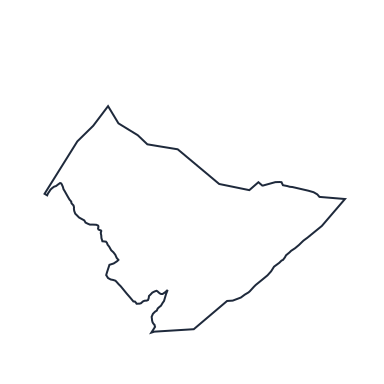 the district of San Pedro Jocotipac, Oaxaca, Mexico, rotated 238°
{"feature_id": "50627088B2588264946725", "entity_name": "San Pedro Jocotipac", "entity_type": "district", "adm_level": 2, "iso_a3": "MEX", "parent_name": "Mexico", "parent_adm1": "Oaxaca", "projection": "mercator", "projection_center": [-97.075, 17.749], "detail": "fine", "context": "isolated", "style": "outline", "palette": "slate", "viewbox_px": 384, "rotation_deg": 238, "n_neighbors": 0, "source": "geoboundaries", "source_scale": "gbopen_adm2", "svg_char_len": 2042}
<svg xmlns="http://www.w3.org/2000/svg" viewBox="0 0 384 384"><g transform="rotate(238 192 192)"><path d="M74.7,120.8L81.0,164.0L78.3,169.0L76.6,177.5L77.0,182.4L76.9,186.7L77.2,188.5L78.8,194.2L79.4,196.8L80.3,204.1L81.3,211.8L82.8,217.0L85.2,222.0L85.7,228.5L86.4,231.6L86.2,233.2L87.3,236.1L88.5,238.2L89.1,242.7L89.6,244.9L89.7,249.6L90.4,254.7L91.3,258.8L91.7,260.8L92.0,264.5L92.0,265.0L94.4,284.1L105.0,318.0L120.3,297.5L123.6,297.0L127.4,295.0L131.5,291.3L143.0,279.8L144.6,277.7L146.5,276.0L149.6,272.7L152.9,273.1L154.1,271.5L156.2,267.9L159.8,255.8L160.3,255.0L165.1,253.5L163.2,241.6L184.4,219.3L235.8,202.5L247.8,188.8L256.1,179.4L268.9,176.1L277.7,171.7L289.2,166.0L309.3,166.3L300.5,143.3L295.7,121.6L268.6,66.0L265.9,67.4L267.1,69.1L268.0,71.2L269.0,73.3L269.4,75.4L269.6,77.8L269.1,79.9L269.4,82.9L269.5,84.9L268.6,85.6L267.4,85.6L266.0,85.4L264.7,85.2L262.4,84.5L260.4,84.5L254.0,84.2L250.4,84.1L247.9,84.5L246.7,83.9L245.2,84.0L243.4,84.4L241.5,83.8L240.4,83.0L238.4,82.1L235.5,81.5L233.4,82.0L230.2,82.7L227.7,84.1L225.0,85.6L222.5,85.5L220.5,86.7L218.5,88.1L217.2,90.2L214.9,93.5L213.2,94.6L212.0,94.2L210.9,93.0L209.8,92.8L208.6,93.5L207.9,94.3L207.0,94.4L205.6,92.9L203.2,92.0L201.0,90.8L197.7,89.9L196.7,91.2L195.5,92.7L193.9,92.9L192.0,92.5L189.6,92.8L185.4,92.6L182.5,93.4L179.4,93.7L176.1,93.2L173.4,93.6L173.0,91.9L172.9,87.7L174.0,83.4L168.9,77.3L167.0,75.2L163.5,75.2L160.9,76.7L159.1,78.6L157.3,80.1L154.7,80.6L152.8,80.9L149.8,81.6L140.4,82.8L135.4,83.6L130.2,84.3L129.4,85.5L127.9,85.8L126.6,85.8L125.1,88.4L124.7,89.8L125.0,91.3L125.2,92.8L124.8,94.5L123.9,96.0L123.7,97.5L125.0,99.1L126.6,100.4L127.0,102.4L127.7,105.0L127.5,107.5L127.0,109.6L126.0,110.1L124.8,110.4L123.2,110.9L121.9,111.7L121.1,113.0L121.2,116.1L121.8,119.4L119.2,115.9L114.4,110.5L113.5,108.3L112.0,105.4L111.8,103.5L111.4,101.2L110.1,99.3L110.1,97.3L109.4,94.3L107.5,91.6L105.7,90.8L104.3,90.1L102.3,89.5L101.0,89.5L98.9,89.8L98.2,89.4L97.2,89.2L94.3,83.0L93.5,86.1L74.7,120.8Z" fill="none" stroke="#1e293b" stroke-width="2"/></g></svg>